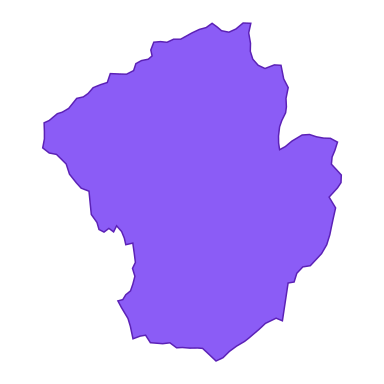 outline of Quadra, São Paulo, Brazil
{"feature_id": "56859067B31751698362757", "entity_name": "Quadra", "entity_type": "district", "adm_level": 2, "iso_a3": "BRA", "parent_name": "Brazil", "parent_adm1": "São Paulo", "projection": "equal_earth", "projection_center": [-48.041, -23.303], "detail": "fine", "context": "isolated", "style": "filled", "palette": "violet", "viewbox_px": 384, "rotation_deg": 0, "n_neighbors": 0, "source": "geoboundaries", "source_scale": "gbopen_adm2", "svg_char_len": 1723}
<svg xmlns="http://www.w3.org/2000/svg" viewBox="0 0 384 384"><path d="M250.8,23.3L243.1,23.0L235.9,29.0L228.9,32.2L221.5,30.7L217.3,27.1L212.1,23.3L206.1,27.6L199.4,29.4L192.0,32.9L180.6,39.2L173.6,39.2L167.0,42.3L160.5,41.6L153.8,42.2L150.8,50.0L152.1,55.9L148.3,59.2L141.4,60.6L135.9,63.6L133.6,70.6L126.5,74.2L119.3,74.0L110.3,73.6L107.3,82.5L100.7,84.6L93.2,87.6L88.1,93.5L83.3,96.9L76.7,98.4L68.7,108.4L62.2,112.2L57.3,113.7L49.2,120.5L44.1,122.8L44.4,131.5L44.4,139.0L42.7,147.9L49.2,153.0L56.5,154.4L66.2,164.0L69.5,174.2L76.4,182.9L81.2,188.2L89.0,191.2L90.1,202.5L91.3,214.5L97.0,222.5L99.0,229.5L104.0,232.1L108.9,228.4L113.6,231.9L116.6,225.8L121.6,231.5L124.3,238.1L125.8,244.7L132.8,243.1L134.2,253.0L135.4,262.4L132.5,268.4L134.9,276.3L132.8,284.3L130.5,290.9L125.8,294.7L122.8,299.6L117.9,300.9L121.4,307.5L128.0,318.5L130.3,326.1L133.0,338.8L140.2,336.1L145.6,335.2L150.4,342.7L162.7,343.7L169.9,342.8L176.6,347.8L182.3,347.5L189.8,348.1L197.7,348.0L202.6,348.4L208.3,353.7L216.0,361.0L223.0,357.7L229.4,351.4L236.6,346.1L244.6,341.4L248.7,338.2L253.0,334.5L258.9,329.5L265.4,323.4L276.1,318.2L282.4,320.8L288.1,283.0L294.1,282.0L296.8,273.3L302.8,266.9L310.3,265.7L321.5,253.7L326.7,244.8L329.8,234.8L331.5,226.5L333.3,218.1L335.6,207.9L332.4,202.6L329.1,197.1L337.5,187.9L341.0,182.6L341.3,175.0L331.4,164.2L332.1,157.0L334.8,150.6L337.5,142.1L330.4,138.3L323.6,138.1L316.5,136.8L309.5,134.5L302.1,135.0L291.9,141.1L285.3,146.6L279.6,149.7L278.6,143.0L278.5,136.0L279.6,126.8L281.8,120.5L285.6,112.8L286.4,106.9L286.0,98.4L288.2,87.6L283.7,78.9L281.0,65.3L274.3,64.9L265.0,68.5L258.2,65.3L252.8,59.2L250.3,51.3L250.5,43.3L248.7,32.9L250.8,23.3Z" fill="#8b5cf6" stroke="#5b21b6" stroke-width="1.5"/></svg>